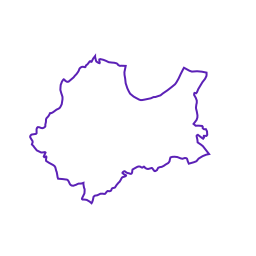 the district of Phu Tho, Phú Thọ, Vietnam, rotated 206°
{"feature_id": "81297802B95846226867008", "entity_name": "Phu Tho", "entity_type": "district", "adm_level": 2, "iso_a3": "VNM", "parent_name": "Vietnam", "parent_adm1": "Phú Thọ", "projection": "albers", "projection_center": [105.237, 21.414], "detail": "fine", "context": "isolated", "style": "outline", "palette": "violet", "viewbox_px": 256, "rotation_deg": 206, "n_neighbors": 0, "source": "geoboundaries", "source_scale": "gbopen_adm2", "svg_char_len": 4164}
<svg xmlns="http://www.w3.org/2000/svg" viewBox="0 0 256 256"><g transform="rotate(206 128 128)"><path d="M207.7,140.6L207.5,138.9L207.4,137.3L206.4,134.7L205.5,132.6L203.3,130.1L201.8,128.6L200.5,127.2L199.5,125.2L198.7,122.6L198.0,120.3L198.0,118.0L198.1,116.5L198.8,115.0L200.3,113.2L202.2,109.5L203.3,107.9L204.4,107.3L204.7,107.0L204.5,106.4L204.7,103.9L205.0,102.7L205.5,101.3L205.5,99.9L204.4,97.4L203.8,94.8L203.1,93.5L203.2,92.4L203.9,91.2L204.7,90.4L206.1,89.9L206.9,89.9L207.9,89.8L209.4,89.3L209.8,88.5L209.7,86.9L208.0,83.5L207.9,83.3L208.2,82.3L209.4,81.5L211.8,79.8L212.2,78.9L212.3,77.7L211.8,76.8L209.9,75.5L208.1,74.4L207.5,73.5L207.4,72.8L207.2,71.1L204.8,70.2L203.8,69.6L201.4,68.5L200.2,67.9L198.8,67.9L196.3,67.9L195.3,67.9L193.5,68.9L192.8,69.5L192.1,69.9L191.4,69.8L191.3,68.9L191.3,66.4L191.2,65.4L190.4,65.1L189.8,65.9L189.1,66.5L188.6,66.2L188.1,64.4L187.8,63.4L187.1,62.5L183.8,62.1L179.0,61.9L177.4,61.6L176.1,60.8L173.8,58.1L172.8,57.2L171.1,54.9L169.7,52.9L168.6,51.8L164.2,53.5L161.2,54.5L160.4,54.8L159.6,54.8L158.7,54.5L157.3,53.5L155.9,52.3L154.7,51.7L153.4,51.6L151.9,52.1L149.6,54.4L149.0,55.3L148.0,56.4L145.6,57.6L144.0,59.2L143.5,58.0L141.4,55.1L140.2,54.0L139.4,52.4L138.5,50.1L138.5,49.4L138.5,46.8L138.5,45.2L138.5,44.5L138.1,43.9L137.5,43.8L135.5,44.7L133.5,45.3L130.0,45.0L127.8,44.4L127.7,45.6L128.0,47.9L128.8,51.1L128.5,51.9L128.1,52.7L126.2,54.0L124.9,55.6L124.0,56.8L122.3,57.7L120.3,58.4L119.7,58.9L119.4,60.3L119.2,61.4L118.7,62.4L116.8,63.1L116.0,63.9L115.8,64.5L115.9,65.7L115.9,66.5L115.6,67.1L114.1,68.3L113.6,68.9L113.3,71.7L112.5,74.8L112.0,76.0L111.8,78.1L111.8,79.4L111.7,80.6L111.4,81.4L110.4,82.2L109.1,83.6L108.9,84.1L109.0,84.6L109.9,84.7L111.4,84.6L112.7,85.0L113.3,85.2L113.3,85.9L113.0,86.7L112.4,87.5L112.0,87.7L111.0,87.5L109.8,87.3L108.6,87.3L107.5,87.7L106.0,87.8L105.2,88.1L104.8,88.8L104.8,89.6L105.0,90.4L105.6,92.0L105.7,92.7L104.0,95.2L102.5,97.3L101.4,98.2L100.2,98.6L98.6,98.5L97.9,98.6L97.4,99.1L97.1,100.0L96.4,100.3L94.9,99.6L93.3,99.6L92.4,99.8L91.8,100.1L90.0,101.7L89.3,102.4L88.6,102.5L86.1,101.2L85.3,100.9L84.5,101.3L83.5,102.9L83.5,104.3L83.4,105.5L82.2,106.8L80.7,107.8L79.3,109.6L78.2,111.6L77.4,112.8L76.5,114.1L76.2,115.3L76.1,116.4L76.6,118.1L76.9,119.9L76.9,120.2L75.5,121.5L73.7,122.5L71.0,123.5L67.3,123.8L65.6,124.2L63.7,126.0L62.4,126.4L61.6,126.3L61.1,125.9L59.8,124.4L57.7,122.6L53.8,126.1L52.5,127.5L51.9,128.2L51.4,130.3L51.1,131.5L48.6,135.4L46.0,138.3L43.7,140.1L52.7,144.5L54.9,145.0L59.1,145.6L60.5,147.9L62.6,150.5L62.9,151.0L62.9,151.5L62.2,152.5L57.3,151.5L55.8,151.3L55.5,152.8L56.3,153.5L56.4,154.2L54.0,155.3L53.8,156.6L55.5,159.6L57.5,161.1L58.5,160.5L59.5,160.2L60.9,160.7L61.4,161.9L62.2,162.3L62.9,162.1L65.7,161.0L68.2,159.7L70.9,160.4L70.2,163.8L69.9,165.6L70.1,166.5L70.2,167.7L71.1,169.8L73.5,173.1L75.2,175.1L75.9,176.2L76.9,179.2L77.2,180.7L78.2,182.8L80.3,184.8L83.1,186.7L83.6,188.0L83.6,188.7L82.0,189.1L81.7,190.4L81.9,193.8L81.2,201.8L80.3,206.0L80.3,209.1L80.9,210.7L81.7,212.2L86.3,211.0L90.3,209.5L91.5,208.9L95.3,206.7L97.8,206.4L104.1,206.7L104.2,205.2L104.3,199.7L104.2,194.6L104.5,190.1L104.9,187.9L106.6,184.2L109.1,179.1L111.8,174.4L113.1,171.6L115.0,169.8L116.9,167.9L118.6,167.0L120.5,164.7L125.4,160.9L127.7,159.2L129.0,158.6L130.6,158.4L132.2,158.5L133.2,158.5L136.7,158.7L138.4,159.1L140.9,159.7L141.2,159.8L143.5,161.4L146.0,163.4L149.7,167.2L152.3,171.3L154.4,174.2L155.7,176.6L157.3,182.8L160.7,181.3L162.7,180.3L164.4,180.3L165.4,180.9L166.6,181.1L169.0,180.6L171.0,179.8L174.2,178.7L177.3,178.7L179.9,178.5L181.3,178.2L183.1,177.8L183.8,177.1L183.7,176.6L182.8,175.3L182.0,174.3L182.0,173.8L183.0,173.6L184.3,173.7L185.6,173.9L186.4,174.6L188.7,177.4L189.1,178.2L189.7,175.4L189.8,172.6L189.7,171.8L190.1,171.3L190.5,171.5L191.3,171.5L191.7,170.8L192.0,169.1L192.4,167.3L192.9,166.4L193.2,165.8L193.1,164.7L193.0,164.3L193.3,163.8L194.1,163.6L195.3,163.3L196.0,162.9L196.7,162.2L197.2,161.3L197.6,160.2L197.4,157.6L197.5,156.4L197.9,154.0L198.7,151.5L199.1,149.6L201.7,143.7L202.4,143.1L203.3,142.8L205.0,142.9L206.4,143.6L207.2,143.5L207.5,142.3L207.7,140.6Z" fill="none" stroke="#5b21b6" stroke-width="2"/></g></svg>